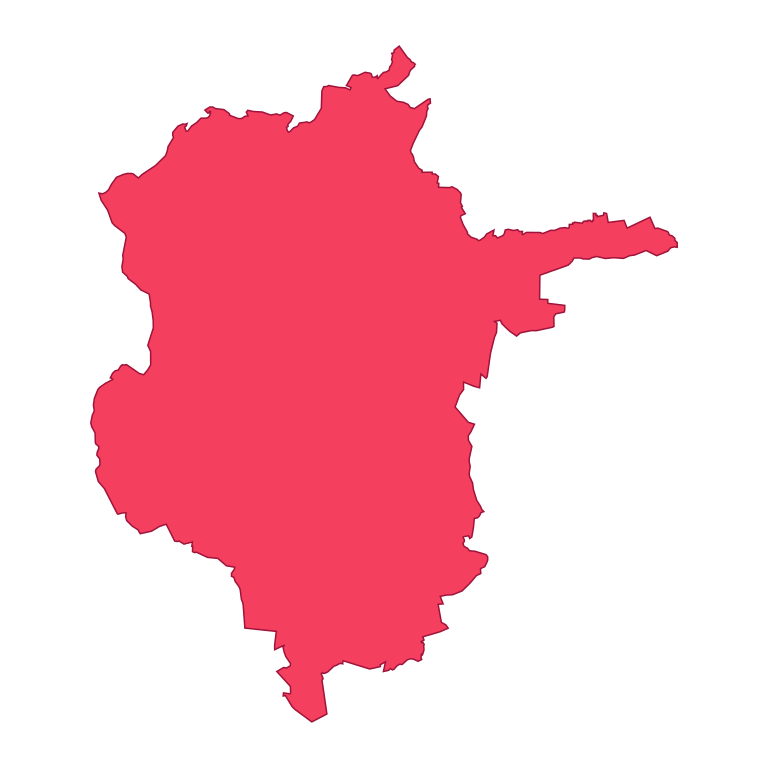 the district of Moinesti, Bacau, Romania
{"feature_id": "2599482B46572722657661", "entity_name": "Moinesti", "entity_type": "district", "adm_level": 2, "iso_a3": "ROU", "parent_name": "Romania", "parent_adm1": "Bacau", "projection": "mercator", "projection_center": [26.472, 46.47], "detail": "fine", "context": "isolated", "style": "filled", "palette": "rose", "viewbox_px": 768, "rotation_deg": 0, "n_neighbors": 0, "source": "geoboundaries", "source_scale": "gbopen_adm2", "svg_char_len": 6063}
<svg xmlns="http://www.w3.org/2000/svg" viewBox="0 0 768 768"><path d="M483.8,511.6L481.8,509.5L480.4,506.1L476.8,500.5L473.4,489.6L472.6,483.1L469.5,476.2L469.2,473.4L470.2,466.3L469.3,462.2L469.2,458.8L471.9,446.4L468.4,440.2L468.3,435.7L470.9,431.8L474.5,424.2L468.3,422.3L455.1,407.0L459.6,394.9L463.6,389.5L463.5,382.1L474.0,386.3L479.6,387.8L480.9,374.0L486.0,378.4L487.2,376.6L490.5,353.2L494.5,337.2L496.5,332.5L497.0,323.2L494.6,321.4L500.4,320.3L501.9,323.7L504.9,326.7L509.8,331.3L516.6,336.1L520.0,333.1L522.3,332.4L531.4,330.6L536.3,330.7L552.6,327.2L554.0,326.4L553.8,316.7L555.8,313.8L564.1,312.1L564.7,310.5L564.8,305.4L547.8,303.3L547.8,299.5L539.6,299.2L539.9,275.2L568.3,265.1L572.2,261.2L573.9,258.0L580.4,258.0L582.9,258.9L589.3,259.1L591.9,257.7L596.6,256.5L605.4,258.5L613.6,257.7L623.5,258.4L629.6,255.7L634.7,255.0L646.1,250.5L656.7,255.7L667.9,251.1L670.3,248.1L671.6,247.5L674.5,246.9L677.2,247.3L677.2,242.5L674.9,240.4L674.9,238.4L672.4,236.0L669.3,234.9L668.2,232.2L667.1,231.4L657.8,228.1L654.9,228.5L650.0,217.2L627.1,228.1L624.1,220.4L608.2,222.4L606.6,213.5L603.9,212.8L603.4,215.3L597.3,216.6L597.3,215.4L595.9,215.4L595.9,213.5L593.3,213.4L593.4,220.3L592.5,220.5L592.4,221.6L590.9,221.5L590.4,220.4L587.9,220.3L587.4,221.6L585.8,220.9L583.4,221.4L582.4,223.2L574.4,222.2L574.3,222.9L572.5,223.0L572.6,224.4L569.3,224.4L569.2,227.5L568.0,228.3L565.4,227.6L560.2,228.1L554.7,230.4L550.8,230.3L542.8,233.5L539.9,232.5L526.3,232.4L522.8,234.6L522.1,234.0L522.5,231.4L519.3,231.5L517.7,229.7L513.4,230.5L508.5,229.3L505.3,229.9L504.3,233.7L502.9,235.6L497.4,238.0L495.6,235.7L492.9,235.7L494.0,230.0L486.7,233.9L484.4,237.1L479.9,240.3L478.6,240.6L476.9,239.2L470.9,237.1L467.4,233.7L467.5,232.4L463.1,224.5L460.4,217.3L460.9,215.7L465.3,213.7L461.3,207.3L462.4,206.4L460.5,202.7L461.2,194.4L460.4,192.8L457.1,189.4L452.1,186.8L449.3,187.6L438.6,187.3L438.8,183.3L437.2,183.0L438.4,176.5L435.3,174.0L432.2,174.0L432.2,172.2L422.0,172.3L422.2,170.3L418.7,168.2L414.4,161.7L413.5,157.2L412.4,154.4L411.1,153.0L410.5,150.3L413.4,142.9L419.5,130.2L422.0,127.0L426.5,115.9L426.7,111.5L428.1,108.5L427.4,107.0L427.8,104.9L430.5,103.1L430.1,98.8L427.9,99.4L414.5,108.6L410.2,107.5L408.1,104.4L403.4,102.3L396.8,101.2L390.2,96.0L385.0,88.8L397.7,85.7L408.6,75.3L409.7,71.6L410.8,69.9L414.6,66.4L414.6,64.7L415.2,64.2L413.2,62.5L411.7,62.2L409.9,59.5L407.4,57.5L399.2,46.1L394.0,50.3L394.0,52.7L391.7,53.3L392.5,55.2L391.6,59.7L392.5,61.7L391.1,65.3L389.8,66.8L389.0,70.3L386.2,71.9L383.3,72.5L377.7,78.5L377.2,77.9L377.2,75.7L374.9,77.2L373.0,77.3L372.2,77.0L371.4,74.1L370.3,73.2L365.1,72.3L357.8,75.6L353.8,74.9L352.4,75.3L346.4,85.6L351.0,87.4L350.1,89.9L345.5,87.8L338.8,87.4L328.6,85.5L327.3,86.4L323.7,86.7L321.9,90.8L321.3,108.3L314.6,119.5L311.3,121.9L308.9,122.9L307.3,121.9L299.4,123.1L297.7,126.2L293.5,127.9L290.1,131.4L288.4,132.2L287.1,130.1L286.5,127.3L288.1,126.5L287.8,124.5L290.8,121.2L293.3,116.0L286.5,112.5L284.1,112.7L280.0,115.2L276.6,113.9L270.7,115.0L262.3,112.0L253.5,111.5L247.8,110.3L246.3,112.1L248.0,116.0L245.2,116.2L241.6,118.5L238.4,118.6L229.6,115.3L229.7,114.3L229.2,113.5L223.9,109.6L215.5,108.6L212.7,107.0L209.8,107.0L204.9,110.1L207.9,113.2L209.1,112.9L209.4,111.4L210.5,111.4L210.5,113.8L208.6,117.2L206.2,118.1L200.9,118.2L196.7,122.5L191.6,126.0L187.8,131.0L186.2,131.3L184.6,127.1L186.2,126.0L187.1,123.6L184.5,124.4L183.0,123.9L178.0,126.1L172.8,132.3L172.7,135.2L173.5,137.5L168.1,146.5L167.3,150.8L165.6,155.6L155.4,165.6L141.9,174.6L138.4,178.0L133.2,173.9L131.5,173.5L127.7,173.4L123.4,174.4L116.5,177.3L111.3,184.5L108.5,189.9L105.8,192.3L102.7,193.8L98.9,193.1L101.2,200.3L107.6,210.1L112.2,222.9L114.7,225.6L124.8,233.3L126.3,237.0L122.7,255.5L123.2,259.1L121.9,266.5L122.6,272.1L127.4,276.5L128.1,278.6L135.5,284.2L140.9,290.0L149.1,294.0L150.5,302.6L150.5,305.9L152.1,311.9L153.2,320.5L153.3,328.0L147.8,345.3L150.6,351.5L150.7,364.8L147.8,369.8L143.7,374.7L139.5,373.6L126.5,364.6L124.0,365.1L122.4,364.7L120.7,366.1L118.2,370.1L115.2,370.8L112.6,373.2L110.3,377.9L111.6,378.2L112.6,379.5L105.6,383.2L99.6,387.4L97.8,389.7L94.4,398.3L93.4,405.1L94.3,410.8L92.3,415.2L90.8,422.8L91.7,426.7L95.1,433.0L95.3,442.5L95.8,443.9L98.8,446.6L98.7,448.5L97.1,452.5L96.9,455.3L99.7,458.8L100.0,464.4L99.2,466.1L96.1,469.1L95.5,471.6L98.3,481.5L104.4,488.6L117.1,513.4L117.9,514.2L122.7,512.9L126.1,512.9L125.6,516.6L126.7,520.6L132.3,526.2L137.9,529.7L140.2,533.7L151.5,531.2L159.4,526.5L166.2,524.2L174.7,541.1L177.2,541.5L179.1,541.1L184.0,544.1L192.4,542.0L191.8,546.3L192.6,546.4L192.5,551.6L194.5,552.6L196.4,552.2L207.6,557.4L217.8,558.4L226.4,565.8L234.7,567.2L234.3,569.3L231.5,573.3L231.5,576.3L233.9,577.4L235.2,581.5L239.0,586.6L240.2,589.7L241.4,599.3L242.8,602.9L243.2,605.5L244.9,628.1L276.3,631.4L274.6,645.4L274.7,649.7L284.0,645.3L284.1,646.0L282.9,646.6L284.2,652.3L285.8,656.5L290.5,663.5L290.3,665.8L286.4,668.0L283.6,667.5L276.8,671.5L290.4,686.4L290.6,693.1L289.8,693.8L283.5,692.9L283.2,696.0L285.4,695.6L292.2,706.7L294.9,709.4L311.8,721.9L326.9,714.0L322.0,680.2L323.1,678.7L321.3,673.7L322.6,672.6L323.3,673.3L324.9,673.3L327.8,671.9L334.3,665.8L335.4,665.8L340.0,663.4L342.8,663.8L342.6,662.6L343.3,660.8L369.7,669.0L380.4,666.6L380.3,664.7L385.5,661.9L383.4,671.5L388.5,670.4L390.6,668.6L392.4,669.9L393.9,669.4L396.8,666.0L399.6,664.2L402.1,664.5L407.2,659.9L410.0,658.8L413.3,659.1L418.1,661.3L421.7,659.5L421.2,658.7L421.1,656.0L421.5,654.3L422.2,655.0L422.8,654.0L424.0,649.9L423.7,645.9L424.2,644.5L422.9,642.3L421.7,642.8L421.2,641.6L424.0,640.0L422.8,636.8L440.2,631.7L448.2,628.2L445.8,624.8L441.4,622.4L438.1,604.3L443.1,603.9L440.2,596.4L446.3,595.1L452.7,594.7L462.1,590.9L469.9,583.3L476.4,575.6L480.8,573.5L480.5,568.6L484.7,566.7L486.5,563.2L487.7,560.2L487.7,556.8L486.0,554.6L474.8,551.2L469.5,550.8L467.5,548.2L464.1,546.4L462.9,543.5L464.3,541.4L464.3,539.5L463.3,538.1L463.3,536.7L468.6,535.8L469.7,538.5L471.8,537.0L473.5,527.2L474.3,518.4L477.4,517.9L479.4,516.0L481.0,512.6L483.8,511.6Z" fill="#f43f5e" stroke="#9f1239" stroke-width="1.5"/></svg>